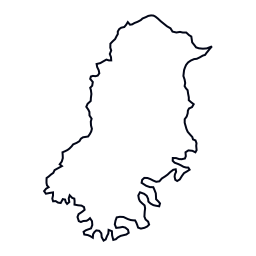 São Domingos, Santa Catarina, Brazil (Albers equal-area conic projection)
{"feature_id": "56859067B49877438071993", "entity_name": "São Domingos", "entity_type": "district", "adm_level": 2, "iso_a3": "BRA", "parent_name": "Brazil", "parent_adm1": "Santa Catarina", "projection": "albers", "projection_center": [-52.555, -26.54], "detail": "fine", "context": "isolated", "style": "outline", "palette": "ink", "viewbox_px": 256, "rotation_deg": 0, "n_neighbors": 0, "source": "geoboundaries", "source_scale": "gbopen_adm2", "svg_char_len": 3549}
<svg xmlns="http://www.w3.org/2000/svg" viewBox="0 0 256 256"><path d="M153.5,15.6L151.1,15.4L148.3,15.9L145.9,17.1L142.5,18.5L140.8,20.1L137.6,21.8L134.5,23.0L132.1,24.4L130.0,24.7L127.8,22.1L126.2,24.7L124.3,27.0L121.2,27.7L119.2,29.1L117.8,31.5L117.8,34.1L116.6,36.1L115.1,39.1L112.7,41.3L110.4,43.7L110.3,47.7L111.2,50.5L109.8,54.0L111.0,57.2L111.2,60.4L108.9,60.4L106.4,59.6L103.4,61.3L100.3,63.1L96.6,64.0L97.2,67.1L98.7,70.2L99.3,73.3L97.7,75.6L95.4,76.2L92.9,75.9L90.9,76.5L90.2,78.9L92.8,82.0L92.2,85.7L90.2,87.8L90.9,90.1L91.4,94.0L90.9,97.9L90.7,101.0L87.6,103.8L86.3,106.8L88.2,109.5L89.4,111.9L89.5,115.5L91.6,118.7L90.8,121.6L91.0,125.4L91.9,128.8L91.2,131.5L89.8,134.1L88.1,136.5L85.6,136.9L83.0,137.3L80.9,138.7L79.4,141.2L76.6,142.9L73.1,144.4L71.7,146.3L69.4,148.6L67.5,150.0L65.1,151.2L62.5,152.3L62.7,155.0L62.8,158.1L61.8,161.5L59.7,164.3L61.9,166.1L54.6,170.1L53.3,172.9L51.0,174.5L48.6,176.6L46.6,178.0L46.5,180.5L46.5,183.0L47.0,185.4L48.6,187.2L46.1,188.7L44.1,191.1L45.9,193.7L49.4,193.0L53.0,192.4L53.0,195.6L52.3,198.6L53.1,201.3L55.7,201.1L58.0,202.6L60.7,203.0L62.8,199.1L65.1,199.6L65.7,202.0L67.1,203.9L69.3,202.0L68.7,198.5L69.7,195.3L72.2,197.9L74.3,198.6L74.6,201.0L74.5,204.6L78.2,205.3L81.5,205.6L84.0,207.1L84.6,209.8L82.4,211.6L80.5,212.9L78.6,214.1L77.5,217.0L78.8,221.1L80.9,222.0L83.3,221.0L86.6,220.8L88.4,219.7L90.0,218.2L92.0,221.2L92.3,225.0L91.0,228.4L87.9,229.5L85.8,230.3L83.6,231.8L84.3,234.5L87.9,235.1L90.2,236.1L92.8,237.7L93.1,234.2L94.4,232.1L96.3,230.4L99.2,230.8L101.3,233.3L101.7,237.1L103.6,240.6L105.7,239.4L106.9,236.3L108.3,233.6L108.6,229.9L111.9,231.2L112.1,235.4L113.3,239.9L115.9,239.2L117.7,237.5L120.6,235.9L123.8,235.1L126.3,234.5L128.7,232.8L128.0,229.8L125.3,227.6L122.7,226.9L119.7,227.5L116.2,227.9L114.8,224.4L115.5,220.7L116.7,217.4L119.8,216.8L123.5,217.0L127.7,219.0L130.6,220.0L132.9,220.3L135.1,220.4L136.3,222.6L137.3,225.2L138.1,227.6L140.9,228.6L144.5,227.8L147.2,226.5L149.1,224.6L148.1,221.6L145.6,219.5L144.4,216.6L144.7,211.7L145.1,208.3L144.6,205.4L141.8,203.0L139.9,201.1L138.9,198.9L138.3,195.5L140.0,192.3L144.1,193.8L146.7,195.8L148.1,198.8L148.4,201.6L150.6,203.6L153.3,205.1L155.8,205.7L159.2,206.3L160.0,203.4L158.4,201.5L156.1,199.2L156.0,196.7L155.8,193.3L154.5,190.0L153.3,187.2L149.9,187.1L146.2,185.8L141.6,182.8L142.2,179.8L144.3,177.9L147.5,178.0L150.4,179.1L153.3,180.6L156.2,181.8L159.4,181.3L161.8,178.5L165.1,176.4L167.6,174.6L170.1,172.2L173.2,169.8L175.7,169.3L176.1,171.8L174.9,174.4L174.6,176.7L175.3,179.8L177.2,181.0L179.8,179.4L181.9,176.0L184.0,173.1L186.8,171.5L189.6,169.7L188.3,167.6L186.0,167.5L183.5,166.8L180.9,165.3L178.4,164.1L174.6,162.7L172.7,160.8L172.8,158.0L176.2,158.1L179.1,159.1L181.7,159.2L184.9,158.5L185.8,156.2L185.5,152.3L188.4,150.4L192.4,150.8L195.4,152.3L196.6,150.1L196.2,145.8L196.5,143.2L195.5,140.4L193.0,139.4L192.3,137.0L190.1,134.6L187.7,131.8L186.4,128.8L185.7,126.3L184.7,122.8L184.7,119.2L186.7,116.5L187.7,113.3L187.9,110.6L189.0,108.5L192.0,107.1L193.7,104.2L191.2,102.3L188.8,100.2L188.8,97.3L188.1,93.7L187.6,90.2L185.9,88.3L184.6,86.1L185.2,83.0L184.6,79.6L183.4,76.0L183.8,72.4L184.1,70.0L184.9,67.7L186.1,64.9L188.1,62.4L190.9,60.5L194.1,59.1L196.8,58.8L199.7,57.4L202.8,55.6L205.1,54.9L206.4,53.0L207.9,51.2L209.3,49.4L211.9,46.4L206.8,48.4L202.9,48.7L198.9,48.3L196.1,47.4L194.3,45.0L192.2,42.4L191.3,36.5L189.1,35.2L186.2,32.5L182.6,32.5L180.0,31.9L176.4,32.5L172.5,31.6L170.5,28.3L167.0,26.3L160.8,21.3L157.8,18.5L155.4,16.6L153.5,15.6Z" fill="none" stroke="#020617" stroke-width="2"/></svg>